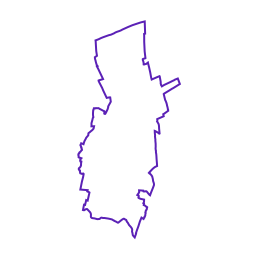 Viisoara, Vaslui, Romania (Natural Earth projection), rotated 277°
{"feature_id": "2599482B20766138756023", "entity_name": "Viisoara", "entity_type": "district", "adm_level": 2, "iso_a3": "ROU", "parent_name": "Romania", "parent_adm1": "Vaslui", "projection": "natural_earth1", "projection_center": [27.881, 46.387], "detail": "fine", "context": "isolated", "style": "outline", "palette": "violet", "viewbox_px": 256, "rotation_deg": 277, "n_neighbors": 0, "source": "geoboundaries", "source_scale": "gbopen_adm2", "svg_char_len": 5609}
<svg xmlns="http://www.w3.org/2000/svg" viewBox="0 0 256 256"><g transform="rotate(277 128 128)"><path d="M223.8,133.5L235.8,131.6L234.4,127.9L232.7,124.3L230.6,119.9L228.1,115.5L226.7,113.2L225.0,110.4L224.1,109.2L223.3,107.8L222.1,105.3L221.3,103.9L220.2,102.5L218.5,99.6L217.8,97.7L215.2,92.5L214.0,90.3L212.5,88.0L211.0,85.1L210.4,85.3L201.0,87.0L200.1,87.2L195.9,88.4L195.1,87.5L194.2,86.5L193.1,86.7L192.2,87.0L190.9,87.6L190.5,87.7L188.7,88.4L186.7,89.3L186.3,89.7L185.8,90.2L185.4,89.6L182.8,91.4L173.5,97.3L173.2,96.7L172.0,93.8L171.6,93.0L171.3,93.0L169.5,94.1L166.9,95.9L165.7,96.7L164.9,97.3L161.9,99.0L155.3,103.2L156.2,106.0L156.2,106.6L152.0,107.7L150.2,107.0L147.8,106.0L146.9,105.7L146.5,105.8L146.1,105.8L145.0,105.6L144.2,105.5L140.4,104.2L139.3,103.7L139.2,103.6L139.2,102.9L139.7,102.6L140.3,102.7L140.5,102.6L141.4,102.7L141.8,102.5L141.9,101.8L143.3,98.2L143.4,97.7L144.1,96.4L144.0,96.1L144.0,95.6L143.9,95.1L143.9,94.7L143.9,94.4L143.7,93.9L143.7,93.3L143.5,93.2L143.4,92.0L143.5,91.8L143.4,91.7L143.1,91.7L142.8,91.8L142.4,91.6L142.0,91.4L141.6,91.5L141.1,91.3L139.5,91.4L139.1,91.4L137.1,91.6L136.7,91.7L135.6,91.9L134.7,92.2L134.6,92.3L134.4,92.2L133.8,91.9L133.4,91.9L133.1,91.8L131.1,91.6L128.6,91.2L127.8,91.2L126.7,91.4L125.2,91.5L125.6,94.1L123.2,93.9L122.0,93.1L121.2,92.5L121.0,92.2L118.9,90.3L118.2,89.5L117.9,89.4L117.1,89.3L116.3,89.5L115.8,89.4L113.4,87.8L112.7,87.5L112.2,87.4L110.7,86.8L109.7,86.4L108.8,86.2L106.5,85.8L107.0,84.2L107.1,83.5L106.8,83.5L106.1,83.1L105.6,82.9L105.0,82.9L104.8,83.0L104.7,83.2L104.6,83.3L104.3,83.4L104.0,83.7L103.6,83.8L103.3,83.8L102.8,83.9L102.5,84.2L102.5,84.4L102.3,84.5L101.8,84.5L101.4,84.6L101.2,84.8L100.8,85.0L100.7,85.0L100.6,84.7L100.1,84.5L98.8,83.8L98.1,83.0L97.7,82.7L97.4,82.9L96.5,82.4L96.3,82.1L95.9,81.9L95.5,82.1L94.7,82.1L94.5,82.3L94.3,82.4L93.0,82.5L92.8,82.7L92.5,84.7L92.3,85.5L92.0,85.4L91.4,84.5L91.1,84.5L89.6,84.5L89.4,84.9L89.1,85.8L88.6,85.8L88.5,85.5L88.4,85.4L88.3,85.5L87.7,85.7L85.2,85.9L84.6,85.8L84.0,85.6L83.2,85.2L82.7,84.9L82.1,84.2L81.5,84.1L81.3,84.1L81.0,84.2L80.1,84.9L79.9,85.2L79.9,85.5L78.8,85.6L78.7,85.7L78.2,85.8L77.3,86.1L77.2,86.2L77.1,86.7L77.1,87.2L76.9,87.5L76.9,87.8L76.9,88.1L77.3,88.8L77.4,89.0L77.1,89.5L76.9,89.6L73.8,89.4L69.2,88.8L61.1,88.2L61.4,95.5L60.7,95.4L60.1,95.3L59.9,95.8L59.9,96.1L59.7,96.8L59.3,97.6L58.1,97.5L51.0,96.8L51.4,95.3L46.5,94.8L46.7,93.8L46.5,93.7L45.1,93.6L41.1,93.3L41.0,94.3L41.1,94.6L41.4,95.0L41.7,95.2L42.0,95.7L42.4,96.4L42.5,96.9L42.5,97.4L41.8,98.2L40.9,99.3L39.9,100.5L39.2,101.1L38.5,101.5L37.4,101.8L35.7,101.9L35.1,102.1L34.8,102.3L34.3,103.1L34.2,103.8L34.2,104.8L34.2,105.7L33.8,108.6L34.0,109.7L34.2,110.7L34.5,111.1L35.4,111.9L35.7,112.3L35.8,112.8L35.6,114.2L35.8,115.5L35.7,119.2L35.6,120.5L35.3,123.2L34.7,124.5L34.5,125.3L34.1,125.7L33.8,127.0L33.5,127.7L32.8,129.4L32.9,129.9L36.2,133.1L37.0,134.1L37.4,134.7L37.4,135.4L37.1,135.9L36.8,136.4L36.6,137.3L36.4,137.5L36.1,137.7L35.7,137.8L35.1,138.2L34.6,138.6L34.0,139.3L31.8,140.9L30.2,142.8L29.0,143.9L28.5,144.2L27.4,144.6L25.9,144.6L25.2,144.8L24.7,145.1L23.0,145.6L22.3,145.8L21.5,146.5L20.2,148.0L21.0,148.2L24.1,148.9L24.3,148.7L24.5,148.7L27.6,149.3L30.9,150.1L31.8,150.3L36.7,151.2L40.7,152.3L39.6,154.5L41.6,155.1L41.5,155.3L43.2,155.8L43.9,155.8L44.7,155.7L45.5,155.9L45.8,155.8L45.9,155.7L46.4,155.5L46.8,155.8L47.1,155.8L47.4,155.7L48.4,155.8L48.5,156.0L49.4,156.5L50.2,156.5L51.7,156.7L52.1,156.1L52.2,155.8L52.2,155.4L52.7,154.8L52.9,154.5L53.1,154.2L53.3,153.8L53.3,153.5L53.4,153.0L53.6,153.0L55.0,153.1L55.3,152.4L56.3,152.8L56.6,152.9L58.9,152.7L59.2,149.3L59.3,148.8L59.9,147.0L60.3,146.8L60.8,146.9L61.6,147.0L61.7,146.9L62.2,146.8L62.6,145.4L63.1,145.6L63.8,146.1L64.4,146.3L65.0,146.7L65.5,146.9L67.5,146.6L67.7,150.8L67.0,151.0L66.9,151.4L67.0,152.1L67.1,152.6L67.3,152.9L67.3,153.2L67.4,153.6L67.4,154.0L67.2,154.3L66.9,154.7L65.5,156.1L64.7,157.0L64.1,157.7L63.9,158.1L66.6,158.7L71.8,160.1L74.4,160.7L74.9,160.7L75.6,160.6L76.5,160.3L78.4,159.4L79.6,159.1L80.6,158.8L82.9,157.9L83.4,157.5L83.7,157.1L84.1,156.9L84.7,156.2L85.1,155.7L85.3,155.1L86.0,154.2L86.9,154.8L86.9,155.1L87.1,155.2L87.4,155.4L87.6,155.3L90.5,157.5L91.6,158.5L92.7,159.7L93.5,161.0L93.8,161.5L96.1,161.1L100.4,160.2L103.7,159.6L105.6,159.2L107.2,158.7L108.9,158.5L109.0,158.4L109.5,158.2L110.1,158.1L110.8,157.9L113.3,157.7L113.9,157.6L114.7,157.5L116.0,157.3L118.7,156.7L119.9,156.6L121.3,156.2L123.1,155.8L123.9,155.8L126.4,155.2L128.4,154.9L128.3,155.3L127.0,158.4L126.5,159.4L126.2,159.7L126.4,160.0L131.4,158.9L132.7,158.7L134.2,158.4L135.1,158.1L135.6,157.9L136.0,157.7L137.5,156.5L138.0,156.1L138.3,156.3L140.4,155.9L144.0,162.0L146.0,161.3L146.5,162.0L147.4,163.0L150.0,165.8L151.1,165.4L151.2,165.5L151.9,165.2L153.4,164.7L155.1,164.0L156.4,163.6L157.0,163.3L157.6,163.1L159.6,162.0L160.3,161.5L161.3,161.1L166.1,159.3L166.4,159.5L169.1,162.9L170.2,164.3L172.4,167.0L173.0,167.9L178.0,174.1L183.2,171.4L182.7,170.5L182.1,169.4L181.8,168.8L181.1,168.0L179.4,165.3L179.2,165.1L175.1,158.6L173.5,156.6L174.2,156.2L174.3,155.8L176.2,155.0L177.3,154.9L178.2,154.7L181.7,153.6L182.7,153.3L183.2,153.1L183.3,153.0L182.1,150.8L179.0,145.6L181.0,144.8L185.8,143.3L190.9,141.5L195.0,139.9L195.4,139.8L195.2,139.5L194.8,139.3L193.8,138.2L193.6,137.8L193.5,137.2L193.0,136.3L193.0,135.8L193.3,135.7L193.7,135.7L194.4,135.6L195.9,135.1L196.5,134.8L197.3,134.4L197.9,134.3L198.2,134.3L198.4,134.6L199.3,136.6L199.4,136.8L199.5,136.8L203.6,135.8L206.1,135.2L215.4,133.6L222.5,132.7L223.1,132.5L223.4,132.5L223.7,133.1L223.8,133.5Z" fill="none" stroke="#5b21b6" stroke-width="2"/></g></svg>